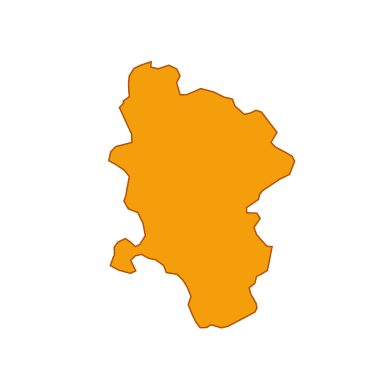 Jinju-si, South Gyeongsang, South Korea, rotated 64°
{"feature_id": "91817680B32789615967236", "entity_name": "Jinju-si", "entity_type": "district", "adm_level": 2, "iso_a3": "KOR", "parent_name": "South Korea", "parent_adm1": "South Gyeongsang", "projection": "orthographic", "projection_center": [128.134, 35.192], "detail": "fine", "context": "isolated", "style": "filled", "palette": "amber", "viewbox_px": 384, "rotation_deg": 64, "n_neighbors": 0, "source": "geoboundaries", "source_scale": "gbopen_adm2", "svg_char_len": 1426}
<svg xmlns="http://www.w3.org/2000/svg" viewBox="0 0 384 384"><g transform="rotate(64 192 192)"><path d="M175.6,89.5L150.7,94.5L146.6,98.6L146.6,104.8L145.2,110.9L133.6,115.7L126.1,115.0L120.6,121.8L111.7,128.6L102.8,138.9L102.8,143.6L102.1,154.6L99.4,160.0L87.1,158.0L82.3,151.8L74.8,151.8L67.9,157.2L66.5,168.2L61.7,174.3L57.0,171.6L55.6,181.8L55.5,190.0L60.3,197.6L67.1,201.7L73.3,204.4L78.8,206.5L80.1,214.0L81.5,214.0L82.8,216.1L84.2,220.2L113.6,220.9L121.1,224.4L117.7,240.8L120.4,247.6L127.3,253.1L134.1,248.3L142.3,243.5L150.6,241.5L161.5,249.7L166.3,253.1L170.4,257.2L179.3,256.6L186.8,249.7L198.5,249.7L210.8,253.1L216.3,262.0L216.3,266.8L209.4,269.6L204.6,272.3L204.6,280.5L207.4,286.0L214.9,289.4L215.6,290.8L222.4,297.7L230.0,292.2L235.5,286.0L238.2,282.6L238.2,277.1L226.5,277.1L224.5,270.9L225.9,264.8L232.7,260.0L236.8,254.5L245.7,249.7L253.2,250.4L259.4,241.5L267.6,238.7L275.8,238.0L285.4,238.7L291.6,244.8L301.8,245.5L310.7,245.5L317.6,244.1L320.3,237.9L319.6,233.2L327.1,224.9L328.5,218.1L327.5,188.4L325.0,184.6L320.2,183.2L309.2,183.9L303.1,182.6L301.7,175.7L296.2,171.0L296.2,165.5L295.5,158.7L289.4,153.9L276.2,144.0L273.6,148.4L264.1,151.2L258.6,152.6L251.1,151.9L245.6,142.3L239.5,143.0L234.7,151.9L229.9,149.9L227.8,135.5L223.7,132.1L221.7,128.0L218.9,107.5L218.9,96.6L209.4,86.3L203.9,86.3L198.5,89.8L188.2,97.3L182.1,99.3L175.6,89.5Z" fill="#f59e0b" stroke="#b45309" stroke-width="1.5"/></g></svg>